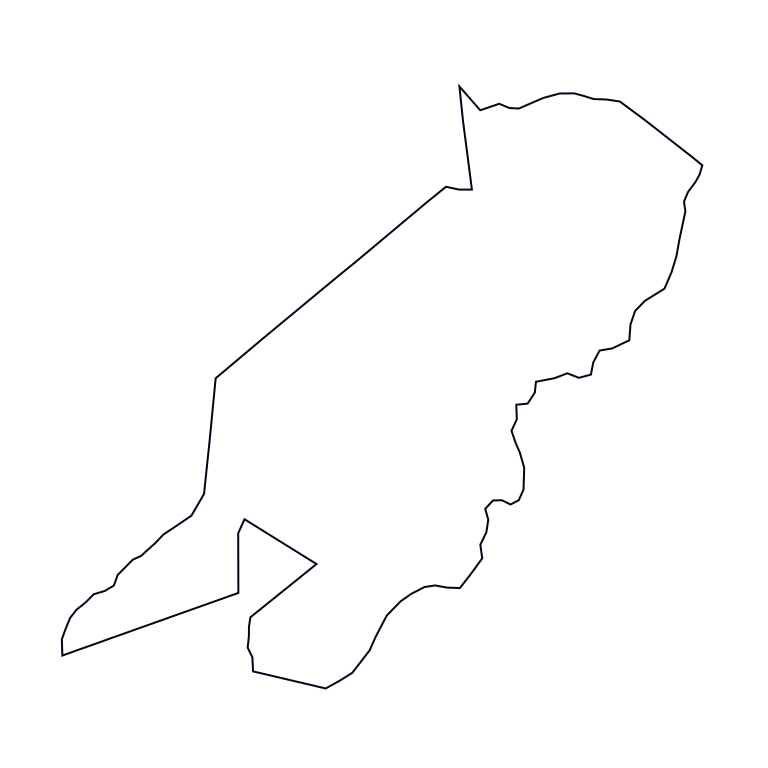 Lago dos Rodrigues, Maranhão, Brazil, rotated 6°
{"feature_id": "56859067B92242830250607", "entity_name": "Lago dos Rodrigues", "entity_type": "district", "adm_level": 2, "iso_a3": "BRA", "parent_name": "Brazil", "parent_adm1": "Maranhão", "projection": "albers", "projection_center": [-44.931, -4.589], "detail": "fine", "context": "isolated", "style": "outline", "palette": "ink", "viewbox_px": 768, "rotation_deg": 6, "n_neighbors": 0, "source": "geoboundaries", "source_scale": "gbopen_adm2", "svg_char_len": 1492}
<svg xmlns="http://www.w3.org/2000/svg" viewBox="0 0 768 768"><g transform="rotate(6 384 384)"><path d="M677.7,133.3L667.9,126.8L616.4,94.6L589.0,78.4L575.7,77.8L562.7,78.7L553.0,76.7L542.9,75.1L528.4,76.7L512.4,82.9L489.2,96.0L479.9,96.4L469.2,93.3L451.1,101.7L427.9,80.2L435.1,114.2L447.8,167.5L451.1,181.5L438.4,182.8L425.0,181.4L408.1,198.3L342.6,266.0L328.6,280.0L259.2,351.0L216.0,395.9L216.4,445.4L216.5,459.4L216.5,512.2L206.2,535.1L190.8,548.1L180.5,556.6L173.0,566.3L166.1,573.9L160.5,580.3L152.5,585.0L146.5,592.5L139.1,601.8L136.4,612.7L128.0,619.0L117.3,623.4L110.3,632.2L101.9,640.5L96.3,649.4L93.0,660.7L90.3,671.5L92.5,687.7L106.1,681.1L121.5,673.8L139.1,665.3L261.0,607.0L254.6,547.7L259.4,533.1L335.7,570.1L275.5,630.0L275.1,639.6L276.0,649.1L276.0,660.5L281.7,669.6L283.8,683.5L357.8,692.9L371.1,683.6L382.7,674.5L397.6,650.3L402.1,636.3L411.0,613.9L423.5,598.1L433.3,589.7L445.5,581.7L455.8,579.0L467.8,579.9L480.8,579.0L490.1,564.1L499.9,547.1L496.6,533.7L501.3,520.9L501.9,508.0L497.7,497.6L504.6,488.4L513.5,487.3L522.4,490.6L530.2,485.5L533.8,474.4L532.2,452.7L526.4,438.3L520.9,428.5L515.7,417.2L519.8,405.2L517.7,390.8L528.9,388.5L534.9,376.8L534.9,365.9L553.0,360.4L565.2,354.2L577.2,357.5L588.8,353.0L589.9,340.6L594.9,328.2L607.1,324.8L623.4,314.9L622.9,299.1L626.1,285.1L634.8,274.0L653.0,259.8L658.3,242.7L661.5,226.3L662.8,208.1L665.7,181.0L663.3,171.2L666.2,161.4L672.6,150.6L676.0,142.6L677.7,133.3Z" fill="none" stroke="#020617" stroke-width="2"/></g></svg>